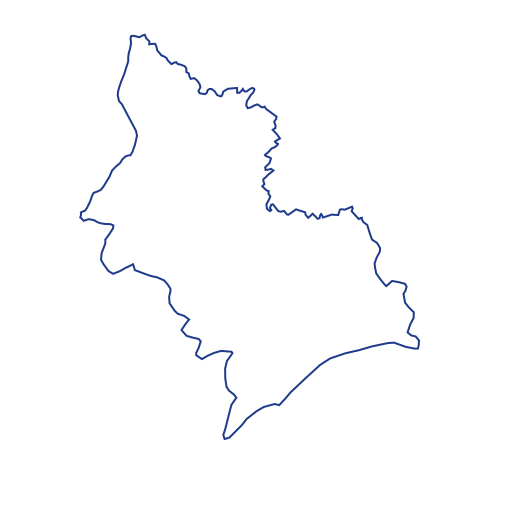 Tewor, Grand Cape Mount, Liberia, rotated 285°
{"feature_id": "62588387B21593373041420", "entity_name": "Tewor", "entity_type": "district", "adm_level": 2, "iso_a3": "LBR", "parent_name": "Liberia", "parent_adm1": "Grand Cape Mount", "projection": "orthographic", "projection_center": [-11.287, 6.943], "detail": "fine", "context": "isolated", "style": "outline", "palette": "blue", "viewbox_px": 512, "rotation_deg": 285, "n_neighbors": 0, "source": "geoboundaries", "source_scale": "gbopen_adm2", "svg_char_len": 4399}
<svg xmlns="http://www.w3.org/2000/svg" viewBox="0 0 512 512"><g transform="rotate(285 256 256)"><path d="M320.3,348.4L319.9,347.3L318.8,346.2L318.3,345.7L324.0,336.8L327.0,337.1L328.5,336.0L323.7,329.8L323.6,328.7L323.4,326.8L322.5,325.1L319.5,324.9L316.9,324.8L316.2,321.8L315.6,318.4L313.5,315.3L310.5,310.7L312.8,309.0L313.4,308.0L311.8,307.4L309.0,307.6L308.2,306.4L307.9,306.0L311.3,300.1L311.5,299.7L309.2,298.4L306.4,296.5L308.7,293.2L310.9,292.2L311.0,290.9L311.2,285.7L311.4,282.6L304.3,276.7L304.2,275.1L306.8,271.5L305.2,268.5L305.1,265.9L305.7,265.1L309.1,260.6L310.3,258.9L309.5,257.5L306.1,257.0L304.2,258.9L302.9,257.8L304.4,254.4L308.5,252.7L311.2,253.3L313.9,254.0L317.5,254.3L319.3,251.9L322.0,251.4L322.1,249.3L323.7,246.2L325.0,244.0L327.6,245.5L330.4,243.6L332.3,243.3L334.4,244.9L337.9,246.8L341.4,249.5L343.1,250.7L344.0,247.9L342.7,245.7L341.6,243.0L344.0,241.9L346.7,243.4L348.8,244.8L350.9,245.1L354.2,245.2L354.8,243.4L355.1,239.6L355.9,238.5L359.7,241.1L363.8,243.2L366.3,246.3L368.6,247.8L369.9,248.2L370.6,245.8L371.5,244.7L373.8,246.8L375.7,248.7L378.7,245.1L380.8,241.8L381.4,240.8L382.2,239.5L384.7,241.7L387.1,241.1L390.5,238.8L393.6,240.0L395.9,239.8L400.6,227.8L402.5,225.6L401.4,224.2L401.2,223.3L401.1,222.9L402.2,220.4L402.8,218.0L400.7,215.1L398.1,212.5L396.7,209.8L398.8,207.6L403.1,207.1L410.4,209.4L413.0,210.9L416.1,211.5L417.2,210.8L417.3,208.6L414.7,206.1L412.5,204.4L412.0,202.2L414.0,200.0L412.2,199.4L409.4,197.8L408.8,195.6L413.4,194.2L411.9,190.0L410.4,185.9L408.4,183.7L406.2,181.8L403.8,181.8L401.7,181.4L401.0,180.4L401.4,176.9L404.4,173.4L405.8,169.9L405.3,167.8L403.7,166.4L401.8,166.3L401.0,166.3L399.1,164.8L398.6,159.5L400.2,157.8L404.7,158.6L407.5,157.0L410.3,153.7L411.8,150.3L410.2,147.1L412.2,145.3L415.1,143.6L415.6,141.1L419.3,140.1L420.9,137.9L421.4,133.2L421.1,131.1L421.9,129.8L422.6,128.7L421.6,127.1L419.5,124.6L422.2,120.0L424.1,118.3L424.9,115.9L425.3,112.6L427.1,110.3L429.0,107.4L432.5,105.6L434.9,103.7L434.4,102.1L432.9,98.0L435.6,97.6L437.8,93.7L440.9,91.3L440.0,89.9L439.3,89.0L437.1,86.7L437.1,84.5L437.0,80.5L436.1,78.5L433.5,78.5L431.5,79.4L428.9,80.3L427.3,80.4L424.3,80.7L419.1,80.6L415.1,81.1L410.9,82.2L397.1,81.6L390.6,80.7L383.8,80.2L378.7,80.2L377.3,80.5L375.4,80.9L370.3,83.5L370.0,83.9L367.8,87.3L362.8,91.9L358.9,95.5L358.0,96.3L352.7,101.3L348.5,105.2L345.9,107.6L341.6,109.9L337.7,110.1L331.6,110.3L329.7,110.1L324.6,109.7L320.9,108.7L319.8,106.1L318.1,103.9L314.7,101.9L311.4,100.9L310.5,100.6L309.7,100.0L305.6,97.2L301.1,94.8L294.9,94.0L285.0,91.1L283.6,90.7L279.6,88.9L278.6,87.7L277.2,86.1L275.0,82.8L271.7,82.1L266.1,81.7L259.1,80.4L255.6,79.2L254.5,77.6L253.9,76.9L252.8,75.6L250.7,76.3L248.9,76.3L247.6,76.4L247.1,77.8L245.4,80.4L248.3,84.9L248.7,90.3L247.7,93.8L247.4,97.0L247.8,101.5L249.1,107.1L248.6,110.3L245.8,110.8L238.7,108.5L232.8,106.2L229.2,107.2L223.9,106.7L218.8,106.1L212.2,107.3L208.5,111.0L203.3,117.4L201.8,122.5L206.1,128.4L209.2,131.5L211.7,134.0L211.7,134.4L216.2,139.4L215.6,139.8L211.0,142.7L210.9,143.7L210.1,152.1L209.5,159.1L209.8,166.0L208.9,171.9L208.7,173.5L205.8,177.9L203.8,180.1L202.4,181.7L200.0,182.5L195.0,182.6L193.9,182.7L187.9,184.8L182.0,191.7L180.0,195.3L179.5,202.4L179.2,203.0L177.3,207.8L172.3,205.6L165.2,203.2L160.9,209.6L160.8,215.6L161.0,222.1L159.3,224.7L152.5,224.4L146.7,223.3L144.7,224.0L142.4,230.4L146.9,234.9L147.3,235.4L151.5,240.5L155.3,246.8L156.4,253.0L157.2,257.1L156.1,258.4L154.1,257.7L152.9,257.3L147.1,255.1L139.4,255.3L130.1,257.9L122.1,261.3L119.0,264.7L116.4,270.7L114.0,273.7L106.0,270.8L100.4,270.8L87.4,271.0L80.9,271.1L74.8,270.7L71.1,273.0L73.7,277.3L88.8,286.0L95.3,288.8L96.1,289.1L106.1,296.6L112.1,302.5L117.8,312.2L118.0,317.1L126.0,321.3L133.1,324.6L141.7,329.9L150.0,335.0L167.5,346.2L168.5,347.1L176.3,354.2L185.1,367.4L191.7,379.9L195.9,386.8L198.9,391.8L206.2,406.3L208.0,411.8L207.5,418.1L207.0,423.7L207.6,433.4L208.6,436.4L212.3,436.2L216.6,435.3L219.6,431.1L219.5,426.5L221.4,422.2L230.1,422.7L236.8,424.3L242.5,423.0L246.0,416.8L246.5,416.1L249.5,412.1L257.5,408.3L261.0,409.3L263.7,409.4L265.3,409.4L267.7,407.2L267.7,400.6L267.1,393.9L260.6,389.6L261.9,387.4L265.6,382.3L270.2,376.7L275.2,374.2L279.3,372.5L284.5,372.8L285.4,372.9L292.3,374.5L295.8,373.8L299.9,369.6L301.9,363.8L303.9,362.4L308.5,359.3L314.8,355.4L316.5,351.1L319.1,348.4L320.3,348.4Z" fill="none" stroke="#1e3a8a" stroke-width="2"/></g></svg>